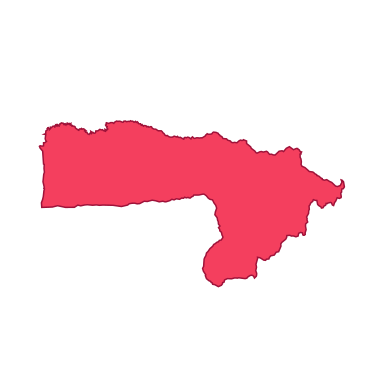 outline of Acacías, Meta, Colombia, rotated 166°
{"feature_id": "7082276B9890611779462", "entity_name": "Acacías", "entity_type": "district", "adm_level": 2, "iso_a3": "COL", "parent_name": "Colombia", "parent_adm1": "Meta", "projection": "robinson", "projection_center": [-73.729, 4.023], "detail": "fine", "context": "isolated", "style": "filled", "palette": "rose", "viewbox_px": 384, "rotation_deg": 166, "n_neighbors": 0, "source": "geoboundaries", "source_scale": "gbopen_adm2", "svg_char_len": 6045}
<svg xmlns="http://www.w3.org/2000/svg" viewBox="0 0 384 384"><g transform="rotate(166 192 192)"><path d="M92.4,123.4L92.1,125.0L90.4,127.8L90.1,131.5L89.4,133.6L87.0,134.9L87.2,137.1L86.7,138.4L86.9,140.0L84.1,143.0L83.3,145.6L82.4,146.7L81.8,150.1L80.8,150.8L79.6,152.5L77.0,153.8L76.3,155.1L75.9,155.2L74.6,154.1L72.9,153.6L73.1,149.6L72.5,148.4L70.5,146.3L70.3,145.1L68.7,145.0L67.1,146.6L66.3,146.6L65.3,147.1L64.6,148.5L63.6,148.0L62.9,148.4L60.1,148.4L59.4,147.8L58.9,145.4L57.9,144.6L56.1,147.4L55.0,148.1L52.5,151.3L50.6,150.1L48.7,150.5L48.3,151.4L48.0,154.6L47.7,155.2L46.8,155.8L46.6,157.0L45.8,158.7L44.4,158.6L42.9,160.1L42.5,165.3L43.5,167.1L44.3,167.6L44.1,165.3L46.6,162.4L49.5,162.1L51.3,163.0L54.1,167.5L55.9,168.9L58.3,171.4L60.7,171.4L62.6,172.7L62.4,173.5L63.4,174.3L65.1,176.7L66.9,177.8L66.8,178.6L68.4,180.0L69.2,181.4L70.0,182.2L73.2,183.5L76.5,188.4L79.1,190.4L79.5,192.4L78.6,194.7L78.3,197.7L78.7,199.7L78.3,200.9L78.2,202.1L77.8,202.8L77.0,202.6L76.8,203.6L76.0,204.3L77.3,205.2L77.8,207.0L78.8,207.9L78.9,208.6L80.1,209.0L83.3,208.5L86.5,212.4L89.9,211.6L93.4,209.1L94.6,210.2L97.6,210.5L102.4,207.8L104.1,208.3L105.8,209.5L107.7,209.8L109.0,212.6L109.9,213.5L113.2,213.5L114.9,214.5L116.3,214.6L119.5,214.0L120.4,214.7L121.1,216.5L123.9,220.0L124.2,221.7L127.3,225.8L126.7,228.3L129.5,230.3L130.0,229.8L131.2,229.9L132.2,230.6L133.7,230.4L136.5,228.9L138.8,229.9L140.3,229.9L141.7,230.6L142.4,232.2L144.9,233.7L145.6,235.2L149.0,236.4L149.6,238.5L151.2,239.9L151.3,240.6L152.2,241.5L152.3,242.5L154.2,244.0L156.6,244.9L157.4,244.7L158.8,243.6L160.7,243.7L162.5,244.2L163.2,244.9L164.1,244.2L164.9,244.0L165.7,243.1L169.0,242.1L171.2,242.6L172.0,242.5L172.9,243.1L174.7,243.5L176.4,243.3L177.1,243.7L178.2,245.4L179.6,244.6L180.2,243.8L181.8,245.7L183.0,246.3L184.5,246.0L185.5,246.7L186.4,246.6L187.0,245.4L187.4,245.3L190.2,248.0L191.0,247.9L191.9,248.3L192.7,249.5L193.4,249.0L195.8,250.5L197.6,250.0L199.3,250.3L200.9,251.1L202.4,252.9L203.5,252.8L204.6,254.0L205.0,255.5L205.9,256.5L206.2,257.6L207.0,258.8L210.0,259.6L211.9,261.7L213.8,262.3L215.1,263.5L215.5,265.0L216.0,265.4L218.1,265.3L218.7,266.2L220.0,266.1L220.2,267.0L221.7,267.9L222.6,268.0L223.2,267.7L223.5,268.4L224.3,268.7L224.1,269.5L224.7,269.6L224.8,269.0L225.1,269.0L225.5,270.7L226.8,270.9L227.6,271.6L227.4,272.2L228.1,273.4L229.2,273.0L229.7,274.2L231.3,273.7L232.4,275.1L233.6,275.3L234.4,276.0L235.5,275.5L236.3,275.9L238.7,276.1L239.3,276.9L241.0,277.2L241.8,276.4L242.4,276.4L244.6,278.0L245.7,278.4L246.7,278.4L248.0,279.1L250.4,278.4L251.3,277.5L252.4,278.6L254.0,279.0L256.2,278.7L258.3,279.9L258.7,279.6L258.7,278.4L259.7,277.9L259.4,276.8L258.5,275.9L259.2,274.9L258.5,273.5L259.3,273.2L259.8,272.6L261.3,273.9L261.4,273.2L260.9,272.3L261.2,271.8L263.2,273.1L263.7,274.1L264.7,274.1L266.3,275.1L268.5,274.1L270.6,274.5L271.2,273.0L272.2,272.6L273.0,272.8L273.7,273.9L274.7,274.4L275.5,275.3L275.6,274.2L275.2,273.0L275.7,272.9L276.3,274.0L277.9,272.7L279.2,273.8L279.5,275.3L280.7,275.7L280.4,276.5L281.5,277.3L281.3,277.7L280.3,277.5L281.6,279.3L282.4,279.7L283.4,279.5L283.9,280.4L284.6,279.9L285.4,280.4L286.4,280.1L286.9,279.2L287.2,279.3L287.7,280.2L288.3,280.5L288.6,281.2L289.2,281.6L289.7,282.7L289.6,283.4L290.2,284.2L290.9,284.3L292.0,285.4L292.2,284.9L292.7,285.1L292.8,286.2L293.6,286.3L293.7,286.8L293.0,287.8L294.0,287.7L294.1,287.1L294.5,287.0L294.9,287.4L294.7,288.1L295.9,288.0L296.0,288.9L296.4,289.1L297.0,287.9L297.6,288.3L298.1,287.6L298.6,289.0L299.0,289.0L299.1,288.2L299.9,288.3L300.5,290.1L301.5,290.2L301.8,290.6L303.6,290.2L303.9,289.2L305.4,289.1L305.3,288.5L306.1,289.1L305.9,289.7L306.6,290.3L307.2,290.1L307.0,289.4L307.7,289.9L307.6,289.0L308.5,289.7L309.2,289.3L309.4,287.6L309.7,289.2L311.1,289.5L312.0,288.9L313.1,288.7L313.5,289.0L313.6,288.0L314.9,287.2L314.5,288.3L315.7,288.2L315.8,289.2L316.4,289.2L316.4,288.2L317.2,288.4L317.3,287.3L319.0,286.6L319.9,284.0L321.4,283.8L320.0,283.2L321.6,279.1L321.4,277.2L321.0,276.3L323.1,275.4L324.1,275.7L324.9,272.7L326.4,272.8L328.2,273.6L329.0,273.2L328.7,271.2L327.0,267.8L329.3,255.0L328.7,254.5L329.9,250.6L330.4,246.9L331.6,245.0L334.1,238.0L334.2,232.4L334.9,231.3L334.4,230.6L335.3,229.2L337.4,223.5L338.8,220.8L340.7,218.0L341.5,213.4L331.1,211.2L325.7,211.2L318.5,207.7L309.8,205.6L306.0,206.9L303.3,205.5L299.5,205.4L296.7,205.0L291.6,203.2L287.8,202.6L285.1,201.5L281.6,200.9L271.8,198.2L264.0,195.0L257.6,194.9L255.7,195.8L252.9,195.6L250.3,195.0L248.1,193.8L245.6,193.4L240.6,194.6L237.7,193.6L232.6,193.7L229.4,192.3L226.2,190.4L222.5,190.1L220.6,189.0L219.5,188.8L215.5,189.0L213.3,189.8L211.3,188.7L208.8,189.2L205.8,187.9L203.6,188.6L201.7,188.0L200.4,188.7L199.0,187.7L197.1,187.7L196.2,186.9L195.0,186.6L193.4,187.5L192.2,187.5L191.0,188.6L186.0,187.4L181.8,187.3L180.7,186.9L179.0,184.9L177.7,182.1L176.4,180.6L174.0,179.4L173.3,176.0L172.2,173.4L172.0,171.1L172.1,170.1L174.1,167.1L175.3,164.4L173.8,160.9L174.0,158.5L173.7,156.9L174.1,154.5L173.1,152.2L174.9,151.0L174.2,149.2L174.4,147.5L173.2,145.8L173.3,143.0L172.9,141.4L173.1,140.3L175.3,138.3L177.2,138.4L178.4,137.3L179.7,137.3L182.7,136.0L183.6,135.9L185.0,134.4L188.3,132.7L190.9,130.4L192.7,129.3L194.0,126.8L195.6,125.2L196.5,123.9L198.7,117.0L200.2,115.3L200.1,112.4L198.7,108.3L199.3,107.6L198.9,104.4L197.0,101.8L195.5,100.7L195.3,99.6L194.3,98.8L194.3,97.5L192.2,96.5L189.3,93.8L186.0,94.4L184.6,95.6L184.2,96.7L182.7,96.8L181.7,98.8L178.6,99.4L174.6,98.2L171.3,98.3L168.5,97.4L167.5,97.5L161.4,95.1L159.6,95.1L158.1,96.2L155.8,96.9L154.5,96.9L153.3,96.3L152.6,95.3L152.2,93.4L150.0,94.7L149.4,95.8L148.9,97.5L149.2,100.2L147.6,103.4L147.4,106.4L144.3,111.9L144.2,112.8L141.9,111.7L138.8,108.5L137.1,107.9L136.1,108.8L133.6,108.4L132.8,109.7L131.1,111.0L127.4,110.9L124.9,113.2L122.4,113.1L118.8,117.9L118.4,120.2L117.0,121.4L112.5,123.5L111.2,125.0L110.5,126.8L107.5,126.3L106.2,125.2L104.4,124.9L102.0,123.4L99.7,123.6L98.5,126.1L96.5,126.5L94.8,125.7L94.8,123.6L94.5,123.1L93.5,122.9L92.4,123.4Z" fill="#f43f5e" stroke="#9f1239" stroke-width="1.5"/></g></svg>